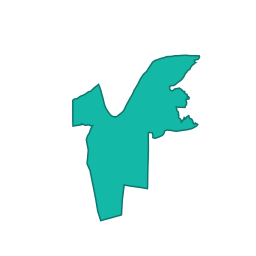 outline of Oru West, Imo, Nigeria, rotated 25°
{"feature_id": "59680162B53120698145103", "entity_name": "Oru West", "entity_type": "district", "adm_level": 2, "iso_a3": "NGA", "parent_name": "Nigeria", "parent_adm1": "Imo", "projection": "natural_earth1", "projection_center": [6.913, 5.74], "detail": "fine", "context": "isolated", "style": "filled", "palette": "teal", "viewbox_px": 256, "rotation_deg": 25, "n_neighbors": 0, "source": "geoboundaries", "source_scale": "gbopen_adm2", "svg_char_len": 3785}
<svg xmlns="http://www.w3.org/2000/svg" viewBox="0 0 256 256"><g transform="rotate(25 128 128)"><path d="M162.2,32.5L159.3,33.7L156.5,34.9L153.3,36.4L150.4,37.3L146.0,39.5L143.2,41.1L142.5,41.5L139.9,42.7L138.0,44.2L135.9,45.4L135.5,45.6L133.0,46.9L130.6,49.3L128.0,51.4L126.6,52.9L124.4,55.0L124.0,55.3L123.8,55.6L122.4,58.0L122.1,60.8L121.5,64.7L121.0,68.7L120.5,69.9L119.3,72.9L118.8,76.4L118.6,77.4L118.5,78.4L118.4,83.9L118.1,87.2L117.6,91.5L117.8,94.2L117.5,98.8L117.2,101.8L116.9,106.1L116.8,109.4L116.8,113.4L116.2,116.1L114.6,119.1L113.4,121.7L113.0,122.4L110.6,123.8L110.4,123.9L108.3,123.9L106.5,123.6L104.4,122.4L102.6,121.4L100.6,120.1L100.2,119.9L98.5,118.4L98.1,118.1L96.6,116.5L95.3,115.0L94.0,113.2L91.9,110.7L91.4,110.1L89.3,107.7L87.0,104.9L85.6,103.5L84.9,102.8L82.9,100.9L81.5,103.7L81.0,104.8L80.4,105.9L79.9,107.0L79.5,108.4L79.1,109.2L78.8,110.1L78.5,110.5L78.1,110.9L77.7,111.3L77.2,111.6L76.7,112.2L76.1,113.3L74.7,115.8L74.0,116.7L73.3,117.5L72.6,118.0L71.9,119.0L71.2,119.7L70.6,120.9L69.8,122.2L69.4,122.9L69.0,123.3L68.7,123.6L68.4,123.6L68.2,123.8L67.7,124.1L67.2,124.4L66.9,125.0L66.5,125.9L66.3,126.3L74.8,144.5L77.3,149.5L84.6,144.6L84.1,143.9L86.3,143.5L87.1,143.7L88.0,143.6L88.9,143.2L90.7,141.9L91.3,141.6L92.8,141.8L94.8,140.8L94.6,142.7L94.8,143.3L94.6,144.3L95.0,145.1L94.7,146.3L94.9,147.4L95.1,148.5L94.7,152.2L95.1,156.1L101.4,164.9L106.0,177.7L111.5,182.5L128.2,205.2L135.7,216.1L142.4,223.5L158.8,209.5L153.1,195.3L148.6,181.3L154.0,179.8L164.5,176.6L171.3,174.7L168.3,167.9L164.8,160.2L158.7,146.1L156.0,139.8L151.5,130.4L149.0,125.1L148.4,123.5L152.0,122.0L152.6,122.7L153.0,123.4L153.6,123.9L154.4,125.6L154.5,126.2L154.9,126.2L155.6,126.2L156.4,126.0L157.0,125.7L157.8,125.1L158.2,124.7L159.3,123.6L160.4,122.4L162.0,120.5L162.6,119.2L162.9,118.0L162.6,115.9L162.5,115.0L164.3,113.2L168.5,111.9L173.1,110.6L183.7,103.6L184.8,102.6L186.0,101.6L186.7,100.9L187.5,99.8L188.9,97.8L189.3,97.2L189.4,96.7L189.6,95.7L189.7,95.3L189.2,95.2L188.5,95.2L186.7,95.1L186.7,95.4L186.6,95.9L186.5,96.1L186.2,96.4L185.9,96.5L185.5,96.4L185.3,96.2L185.0,95.9L184.7,95.5L184.4,95.2L184.1,94.9L183.9,94.6L183.8,94.4L183.6,94.2L183.1,94.0L182.9,93.8L182.6,93.4L182.4,93.3L182.0,93.2L181.8,93.0L181.6,93.2L180.9,93.2L180.2,93.2L179.7,93.0L179.0,92.4L178.5,92.0L178.3,91.6L178.1,91.3L177.8,91.1L177.6,91.5L177.4,92.0L177.1,92.2L176.8,92.6L176.6,93.1L176.5,93.5L176.4,94.0L176.2,94.5L176.2,95.0L176.1,95.5L176.0,95.8L175.9,95.9L175.7,95.6L175.4,95.3L174.8,94.8L174.5,94.7L174.6,95.7L174.6,96.5L174.5,97.4L174.4,98.2L174.2,99.0L173.9,100.1L173.1,99.0L172.2,97.9L171.5,97.6L169.7,97.4L169.1,96.5L168.8,95.8L168.6,94.8L167.8,94.1L167.3,92.9L166.6,92.1L165.8,92.0L164.5,91.0L164.0,90.1L162.8,88.6L166.2,87.3L171.0,85.3L170.7,84.0L170.9,83.0L171.1,82.1L170.5,80.3L169.6,79.2L169.0,78.5L168.5,77.7L168.6,77.2L169.0,76.8L169.7,76.8L170.3,76.5L170.9,75.9L170.8,74.8L169.9,74.5L169.6,74.0L169.2,74.3L168.5,74.8L168.2,74.2L167.9,73.3L167.4,72.7L166.7,72.8L165.6,72.5L165.2,72.3L163.9,72.0L163.9,71.3L163.9,71.0L163.3,71.2L162.4,71.3L161.5,71.3L161.0,71.0L160.8,70.8L160.7,70.6L160.0,70.6L159.4,70.4L158.7,70.3L158.4,70.4L158.1,70.3L157.6,70.1L157.3,70.5L155.9,71.5L154.8,72.1L154.0,72.7L153.4,73.7L153.1,74.8L152.5,75.6L151.7,75.7L150.6,75.8L149.9,75.5L149.4,75.3L149.2,74.8L148.2,72.8L149.4,71.2L151.0,70.5L151.7,69.9L152.7,68.3L153.1,67.3L154.2,65.0L155.3,63.3L156.2,61.4L157.0,57.7L156.8,56.2L157.0,55.6L156.9,55.0L156.9,54.4L157.6,52.8L157.6,52.0L157.7,51.6L158.0,50.5L158.5,49.7L159.1,48.8L159.2,48.2L159.2,46.4L159.4,45.1L159.8,44.0L160.2,43.0L160.8,42.0L161.2,40.7L161.7,40.2L161.3,40.2L160.4,39.8L160.0,39.3L159.5,38.9L159.9,38.4L160.7,37.5L161.6,36.7L162.3,36.4L162.8,34.8L162.8,33.4L162.2,32.5Z" fill="#14b8a6" stroke="#0f766e" stroke-width="1.5"/></g></svg>